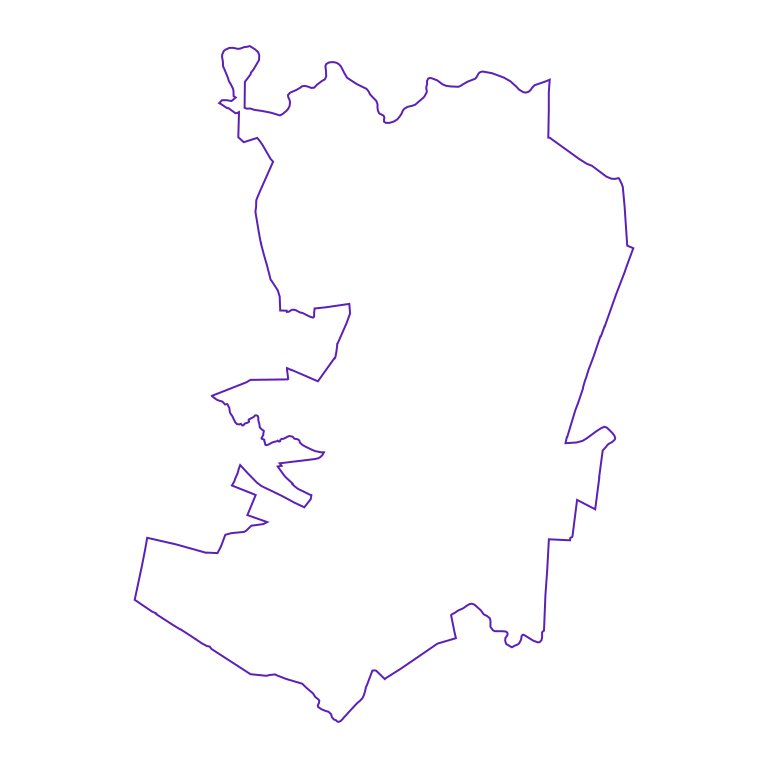 outline of Peris, Ilfov, Romania
{"feature_id": "2599482B58955255250502", "entity_name": "Peris", "entity_type": "district", "adm_level": 2, "iso_a3": "ROU", "parent_name": "Romania", "parent_adm1": "Ilfov", "projection": "equal_earth", "projection_center": [25.999, 44.686], "detail": "fine", "context": "isolated", "style": "outline", "palette": "violet", "viewbox_px": 768, "rotation_deg": 0, "n_neighbors": 0, "source": "geoboundaries", "source_scale": "gbopen_adm2", "svg_char_len": 6024}
<svg xmlns="http://www.w3.org/2000/svg" viewBox="0 0 768 768"><path d="M222.0,100.2L219.2,103.2L220.9,104.0L227.2,108.2L228.4,108.1L235.3,113.1L237.0,113.1L239.0,112.1L238.3,137.2L243.8,142.2L257.2,137.9L259.7,140.9L262.3,144.6L270.6,158.9L273.1,161.7L259.9,191.4L256.5,199.6L256.2,201.2L256.1,207.0L255.4,211.7L258.9,232.7L260.4,240.9L261.1,243.3L260.9,243.4L263.9,254.7L266.9,265.1L270.7,279.9L271.6,280.9L277.8,290.4L279.7,296.6L280.2,310.5L286.7,310.7L286.8,311.9L289.0,311.7L290.6,310.5L292.1,309.8L293.8,309.7L296.0,310.3L300.1,312.5L302.4,312.9L309.5,316.5L313.0,317.6L314.1,316.7L314.1,313.2L314.6,308.5L325.9,307.3L349.3,303.9L350.1,313.4L346.5,323.3L337.5,343.8L337.2,343.9L337.1,346.3L336.3,352.4L335.3,357.5L334.7,358.4L334.4,358.2L317.9,381.3L291.3,369.8L291.2,370.0L287.0,368.1L287.0,369.6L288.2,378.9L287.5,379.4L250.4,379.9L246.4,382.3L211.9,395.8L212.0,396.1L216.4,399.5L218.3,400.4L222.4,401.6L225.1,404.5L226.4,404.1L227.4,404.2L229.3,408.0L229.9,412.3L230.9,414.2L232.1,415.8L235.3,422.4L236.9,424.0L238.1,424.3L239.3,424.4L240.9,423.8L242.1,425.3L243.0,425.5L243.5,425.2L244.9,423.5L247.6,422.7L249.1,421.7L248.6,419.8L248.9,419.4L253.8,416.9L254.9,415.6L255.6,415.3L256.6,415.4L257.7,416.0L258.3,417.5L258.3,420.3L259.3,423.8L259.8,427.3L260.4,428.1L261.7,429.3L263.8,430.9L263.8,431.6L263.3,433.3L263.3,435.0L261.5,438.2L261.8,438.8L264.0,439.5L264.4,440.1L264.2,440.9L264.8,442.0L264.9,443.4L265.5,444.9L266.8,445.1L268.8,444.4L271.4,442.9L273.3,442.1L277.3,441.1L277.8,440.7L278.9,441.5L279.5,441.5L280.1,441.2L280.2,440.3L280.5,439.9L281.5,438.9L283.1,438.9L285.3,438.0L287.0,436.9L289.4,436.0L292.6,436.7L294.4,438.7L297.1,439.2L298.5,439.7L299.4,440.7L299.9,442.6L302.5,445.0L305.0,446.4L311.8,449.7L315.2,451.1L321.1,452.3L323.9,452.3L322.4,455.1L320.4,457.0L318.2,458.3L314.5,459.1L279.7,463.3L281.6,465.8L277.7,466.5L284.5,475.9L286.6,478.1L292.6,483.5L292.2,484.0L294.4,486.1L298.0,488.9L309.7,494.6L311.4,495.1L310.7,499.2L304.3,507.3L294.9,502.9L281.7,495.8L261.5,486.1L256.8,482.5L247.9,473.4L240.2,465.1L238.8,468.7L237.7,473.0L235.0,479.1L234.4,481.2L231.9,485.5L255.7,495.0L247.4,515.1L267.2,522.1L263.3,524.1L251.3,525.7L246.3,530.6L244.3,531.8L241.6,532.2L233.6,532.9L230.6,533.3L225.3,534.8L221.0,546.4L217.5,553.1L206.5,552.6L206.1,552.8L176.1,544.4L147.2,537.8L145.1,549.7L141.8,566.5L134.7,599.8L151.9,611.5L156.2,613.4L156.0,613.9L158.3,615.5L173.3,625.2L180.1,629.3L180.5,629.3L190.0,635.4L202.1,643.5L206.8,646.0L209.7,646.6L211.5,649.0L250.5,674.2L266.3,675.8L270.3,674.9L275.3,674.4L276.2,675.1L286.3,679.0L302.2,683.7L306.3,687.7L313.1,693.5L315.1,696.8L318.4,699.4L319.3,700.6L319.0,702.9L317.8,705.4L318.0,706.8L321.3,709.2L325.5,710.9L328.6,711.8L331.1,714.2L331.9,717.2L333.9,719.5L336.1,720.3L337.0,721.4L338.7,721.9L340.5,721.1L342.5,719.2L344.1,717.2L346.1,715.2L348.5,712.4L356.9,703.4L360.2,700.6L362.6,698.0L363.9,695.1L364.7,692.5L365.8,688.2L365.7,687.6L366.8,685.5L372.4,670.6L375.0,670.4L376.2,670.7L384.8,679.1L385.9,678.1L400.8,668.7L437.5,643.6L455.9,638.2L454.4,631.7L451.1,615.2L451.8,614.4L455.0,612.7L458.1,610.5L463.0,608.4L467.4,605.3L469.6,604.1L471.7,603.7L474.4,604.6L480.6,610.1L482.2,612.1L483.1,613.7L484.5,614.8L487.1,616.0L489.7,618.2L490.3,619.8L490.5,621.6L490.4,626.4L490.6,627.1L492.8,630.1L494.3,631.0L495.3,631.2L501.9,631.2L505.6,631.5L506.4,631.9L507.3,632.6L507.6,634.2L507.3,635.3L505.4,638.0L505.2,640.8L505.6,642.3L506.3,644.1L511.9,647.3L514.7,645.7L517.5,644.6L519.2,643.3L521.2,639.3L521.5,636.4L522.2,635.3L523.0,634.7L524.0,634.9L533.3,640.7L537.9,642.4L539.3,642.2L540.2,641.7L541.5,640.0L542.1,637.4L542.1,632.4L543.3,630.9L544.0,630.6L545.4,595.5L547.1,571.9L548.9,539.3L570.0,540.3L570.4,537.8L572.1,537.0L572.5,536.0L577.1,499.9L595.2,509.3L599.3,477.6L599.1,477.5L602.7,450.5L605.9,447.0L607.8,444.6L608.6,443.9L611.9,442.2L614.6,439.8L615.1,438.8L615.2,438.1L614.4,435.7L612.4,433.0L607.0,427.7L605.0,427.0L604.0,426.9L600.4,428.6L595.9,431.6L586.2,438.7L582.5,440.9L576.4,442.5L565.5,443.2L566.8,437.2L567.2,437.1L575.4,410.0L578.2,402.7L582.9,388.7L583.2,386.8L585.0,380.6L586.1,377.7L588.5,369.9L593.4,357.0L600.4,336.4L600.9,336.4L604.5,326.4L604.7,326.5L616.1,294.4L624.7,272.0L626.3,267.2L633.3,248.2L627.3,245.7L627.2,245.2L624.6,206.5L622.8,187.0L621.7,183.8L619.2,178.8L618.6,178.1L615.0,178.9L613.3,178.9L611.1,178.6L606.4,176.6L591.8,165.7L586.8,163.8L578.9,158.8L549.8,137.8L548.3,137.6L548.8,109.4L548.8,92.7L549.7,79.7L544.6,81.8L534.6,85.2L532.4,87.4L530.8,89.8L528.6,91.8L525.7,92.6L523.3,92.2L518.9,89.5L516.5,86.8L510.4,81.3L503.9,77.6L492.0,73.2L483.1,71.6L481.5,71.7L479.6,72.5L478.5,73.6L476.9,76.6L475.3,78.7L468.0,81.5L462.8,84.4L460.4,86.0L458.2,86.8L450.2,86.4L445.8,85.7L442.5,84.3L437.3,80.4L432.1,78.4L430.0,77.9L428.2,78.6L427.0,81.0L427.1,84.4L426.5,86.1L426.2,88.1L426.6,89.6L426.8,92.0L425.0,95.5L423.7,97.4L415.2,104.7L411.8,105.9L407.7,106.8L404.2,108.8L402.6,111.1L401.7,113.4L399.8,116.4L397.3,119.4L393.7,121.6L389.4,122.9L385.9,122.9L384.1,121.8L384.0,119.8L384.4,117.6L383.5,115.6L379.2,113.4L378.0,110.8L377.5,107.9L377.5,104.2L376.3,100.9L370.2,94.6L368.3,90.9L366.4,88.8L357.0,84.2L347.1,77.8L344.5,73.4L341.0,66.5L338.9,64.2L336.5,62.8L333.5,62.1L331.0,62.2L328.6,62.6L326.2,64.1L325.4,66.2L326.0,71.0L326.2,76.4L324.8,79.4L322.3,80.7L317.0,84.7L314.2,87.7L311.2,87.9L307.6,86.5L304.6,85.9L302.0,86.3L300.4,87.6L296.5,89.9L290.1,92.7L288.0,95.0L288.2,97.0L289.3,99.4L290.1,102.2L289.5,106.3L288.1,108.9L286.6,110.7L282.5,114.1L279.9,115.4L271.0,112.7L261.7,110.9L254.5,109.9L250.3,108.5L247.0,108.7L244.6,107.8L244.9,81.9L250.6,74.3L250.9,72.7L253.5,69.5L259.0,60.1L259.3,55.3L258.1,52.1L255.0,49.3L249.9,46.1L249.6,46.1L247.6,46.7L244.2,47.1L240.2,48.6L238.8,48.8L237.6,48.8L233.4,47.9L229.3,47.9L225.4,49.7L223.9,50.9L223.4,51.8L222.2,54.7L222.0,56.6L222.9,61.6L223.0,65.5L223.2,66.7L224.0,68.3L226.5,74.3L228.1,78.3L228.8,80.9L230.8,84.3L233.1,88.9L233.5,91.3L233.6,96.1L235.7,97.5L231.5,101.0L226.7,100.2L222.0,100.2Z" fill="none" stroke="#5b21b6" stroke-width="2"/></svg>